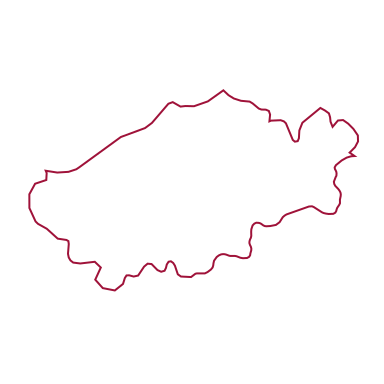 outline of Hérault, rotated 184°
{"feature_id": "FRA-5307", "entity_name": "Hérault", "entity_type": "Metropolitan department", "adm_level": 1, "iso_a3": "FRA", "parent_name": "France", "parent_adm1": "", "projection": "orthographic", "projection_center": [3.158, 43.595], "detail": "fine", "context": "isolated", "style": "outline", "palette": "rose", "viewbox_px": 384, "rotation_deg": 184, "n_neighbors": 0, "source": "natural_earth", "source_scale": "10m", "svg_char_len": 2319}
<svg xmlns="http://www.w3.org/2000/svg" viewBox="0 0 384 384"><g transform="rotate(184 192 192)"><path d="M339.4,203.0L327.8,202.0L316.6,203.5L309.0,206.6L306.3,208.7L266.8,241.9L243.3,252.5L236.8,258.1L221.7,278.4L217.5,280.3L209.4,276.4L204.6,277.3L196.0,277.7L182.5,283.5L167.8,295.6L162.3,291.1L156.8,288.2L149.5,286.4L140.8,286.2L137.7,284.6L131.2,279.9L128.5,279.1L124.1,279.3L121.0,278.2L119.5,274.7L119.7,267.9L118.1,268.7L108.6,269.8L105.3,268.9L103.1,267.1L95.1,251.0L92.9,249.4L90.1,250.1L89.1,253.1L89.2,260.9L86.7,268.8L69.8,284.8L65.1,282.6L60.9,280.0L59.5,276.3L58.7,271.8L56.3,266.8L51.4,273.5L46.3,274.3L41.0,271.1L35.4,266.2L30.5,260.0L29.9,254.0L32.5,248.1L37.5,242.3L32.4,239.2L34.7,238.9L36.1,238.6L40.1,237.1L44.9,233.9L50.3,228.8L51.4,226.5L51.2,225.5L50.9,224.6L50.3,223.8L49.5,222.3L49.1,220.7L49.1,219.0L49.1,218.3L49.2,218.0L49.3,217.8L49.7,217.0L51.2,212.1L50.6,209.8L49.4,208.0L46.4,205.3L45.0,203.7L43.9,201.9L43.4,200.1L43.4,198.3L43.9,194.6L43.6,191.1L44.2,189.5L46.0,186.4L46.5,184.8L46.8,183.1L47.6,181.4L49.5,180.1L54.1,179.6L56.9,179.8L59.3,180.2L60.9,180.8L69.5,185.5L71.3,186.1L74.3,185.7L96.2,176.2L98.0,174.9L99.7,173.2L102.5,168.0L106.0,165.0L111.6,163.5L115.5,163.0L117.1,163.1L118.6,163.7L120.8,165.1L122.3,165.7L124.0,165.9L125.8,165.8L127.6,164.8L129.2,162.9L130.2,159.0L130.2,156.5L129.8,152.3L130.1,150.4L130.8,148.7L131.2,146.9L131.2,145.1L130.5,143.3L129.5,141.6L128.9,139.9L128.8,138.1L129.5,134.7L129.6,133.0L130.5,131.3L132.5,130.0L136.6,129.5L139.2,129.8L143.0,131.0L144.6,131.2L149.4,130.9L150.4,131.0L153.4,131.9L155.0,132.2L156.7,132.2L158.6,131.8L160.7,130.7L162.8,128.9L165.2,125.0L165.6,122.4L165.7,120.2L166.2,118.1L167.7,116.0L170.9,113.2L173.5,111.7L181.6,111.1L182.9,110.7L187.0,107.1L197.1,106.9L200.4,108.9L203.9,117.3L205.8,119.9L208.2,121.4L210.5,120.8L212.1,117.9L212.7,114.4L213.9,111.5L217.2,110.3L221.0,111.7L227.3,117.3L231.3,117.4L234.6,114.2L239.9,104.9L244.3,103.6L248.9,104.5L251.5,104.2L253.0,101.5L254.4,95.5L262.1,88.4L274.3,89.9L282.4,97.8L277.7,110.3L284.1,115.6L298.5,112.9L305.6,113.3L308.5,115.3L310.4,118.1L311.4,121.7L311.3,131.5L311.9,134.4L313.9,135.4L322.7,136.1L334.3,145.2L343.4,149.5L346.0,151.7L353.1,164.7L354.1,178.4L349.1,189.3L338.2,193.8L338.3,200.8L339.4,203.0Z" fill="none" stroke="#9f1239" stroke-width="2"/></g></svg>